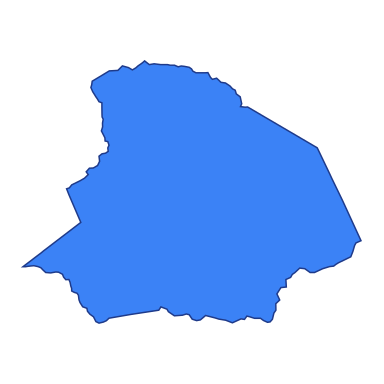 Flores, Pernambuco, Brazil
{"feature_id": "56859067B79651247321593", "entity_name": "Flores", "entity_type": "district", "adm_level": 2, "iso_a3": "BRA", "parent_name": "Brazil", "parent_adm1": "Pernambuco", "projection": "albers", "projection_center": [-37.929, -7.925], "detail": "fine", "context": "isolated", "style": "filled", "palette": "blue", "viewbox_px": 384, "rotation_deg": 0, "n_neighbors": 0, "source": "geoboundaries", "source_scale": "gbopen_adm2", "svg_char_len": 2142}
<svg xmlns="http://www.w3.org/2000/svg" viewBox="0 0 384 384"><path d="M109.3,70.9L92.2,81.2L91.7,84.8L90.9,87.5L92.7,91.7L94.6,94.7L95.8,96.7L97.3,98.8L99.0,101.7L101.9,102.8L101.9,106.9L102.0,114.2L102.1,117.0L103.2,119.2L102.5,123.1L102.6,126.9L101.4,130.9L104.9,137.8L105.1,141.0L107.8,141.6L109.0,145.2L107.8,147.9L108.2,151.4L105.5,153.2L102.0,153.8L99.0,156.2L99.6,161.3L97.6,165.5L93.3,168.0L89.4,168.2L86.2,171.8L88.2,174.6L84.5,178.2L79.8,180.9L71.8,184.8L69.3,187.9L66.6,188.8L69.0,194.9L80.8,222.4L43.4,251.0L41.0,253.0L37.4,255.7L23.0,266.7L25.6,266.7L28.0,266.3L30.6,266.0L33.9,265.7L38.0,266.6L40.8,267.7L43.0,270.0L45.7,272.5L50.7,272.9L55.8,272.0L58.6,272.2L62.5,274.3L63.6,277.1L65.8,279.7L68.9,279.5L70.1,282.4L70.8,286.0L71.6,288.3L71.7,291.0L74.3,292.4L77.0,293.2L78.4,295.2L79.0,299.8L80.0,302.5L82.7,306.8L86.9,308.3L87.5,311.3L89.9,314.2L93.5,316.8L95.9,321.6L99.0,323.1L103.3,322.1L106.4,320.7L109.0,318.2L131.0,314.4L158.8,310.2L160.9,306.9L167.0,309.2L168.4,311.7L174.4,315.8L182.5,315.2L186.3,314.0L189.2,314.7L192.2,319.2L196.6,320.6L200.4,319.9L205.6,315.5L215.0,317.9L218.9,319.1L225.6,320.2L232.4,322.8L241.0,318.9L244.5,319.4L246.9,316.1L249.4,316.7L254.5,318.3L260.5,318.3L263.5,320.5L267.5,322.3L270.1,321.9L272.4,319.3L273.9,313.1L275.9,310.2L275.8,303.7L279.7,300.0L276.9,293.9L280.9,287.6L286.3,287.0L285.9,279.5L290.6,277.4L292.3,274.4L294.9,272.6L299.7,268.1L304.8,268.7L310.1,272.5L314.5,272.5L322.7,268.7L329.5,266.6L333.7,266.1L336.0,264.3L338.6,262.7L348.3,258.0L350.8,256.8L352.9,251.4L354.6,245.5L356.0,242.9L361.0,240.7L342.7,200.9L331.8,178.4L330.0,174.5L319.1,151.7L317.2,147.8L247.6,107.0L245.2,107.2L240.5,106.6L241.7,103.8L240.2,96.8L236.3,93.9L235.2,90.2L232.5,88.8L230.0,86.0L225.5,83.0L220.9,82.3L218.8,80.2L216.6,78.2L212.4,79.3L210.5,77.4L207.9,72.6L205.4,72.8L201.7,72.8L196.0,72.8L192.9,71.2L191.5,68.9L189.2,67.3L184.6,66.4L181.2,66.0L178.2,66.8L174.5,65.2L170.1,65.2L167.5,64.6L160.6,64.6L154.1,63.8L149.3,64.6L144.6,60.9L142.7,62.6L140.8,64.0L138.0,65.9L135.9,67.8L132.4,69.9L128.5,67.6L122.4,65.9L117.9,70.4L109.3,70.9Z" fill="#3b82f6" stroke="#1e3a8a" stroke-width="1.5"/></svg>